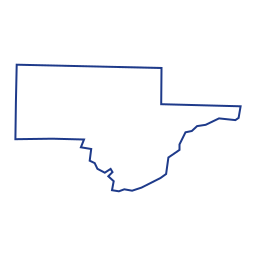 outline of Schuyler, Illinois, United States of America
{"feature_id": "52423323B64731039190901", "entity_name": "Schuyler", "entity_type": "district", "adm_level": 2, "iso_a3": "USA", "parent_name": "United States of America", "parent_adm1": "Illinois", "projection": "equal_earth", "projection_center": [-90.531, 40.132], "detail": "fine", "context": "isolated", "style": "outline", "palette": "blue", "viewbox_px": 256, "rotation_deg": 0, "n_neighbors": 0, "source": "geoboundaries", "source_scale": "gbopen_adm2", "svg_char_len": 547}
<svg xmlns="http://www.w3.org/2000/svg" viewBox="0 0 256 256"><path d="M191.8,131.0L197.1,126.1L205.7,124.8L219.0,118.4L235.4,120.1L238.6,117.9L240.6,106.3L161.2,104.2L161.5,68.0L16.7,64.7L15.9,102.5L15.4,139.2L52.4,138.7L84.0,139.5L80.9,147.3L91.2,149.0L89.7,160.7L94.7,163.1L97.4,168.8L104.8,172.7L110.6,168.9L112.5,172.1L108.3,176.3L113.7,181.2L112.0,190.2L118.9,191.3L124.3,189.3L132.1,190.7L141.5,187.6L160.5,178.0L166.1,174.0L168.4,157.5L179.5,149.9L179.5,144.4L185.5,132.3L191.8,131.0Z" fill="none" stroke="#1e3a8a" stroke-width="2"/></svg>